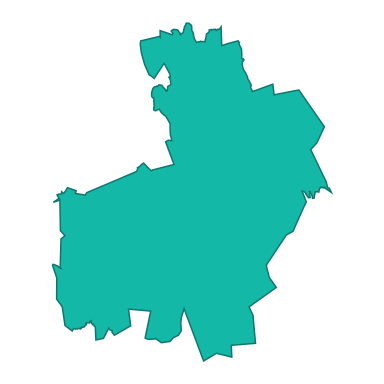 Nazas, Durango, Mexico (Robinson projection)
{"feature_id": "50627088B88320866521815", "entity_name": "Nazas", "entity_type": "district", "adm_level": 2, "iso_a3": "MEX", "parent_name": "Mexico", "parent_adm1": "Durango", "projection": "robinson", "projection_center": [-104.102, 25.271], "detail": "fine", "context": "isolated", "style": "filled", "palette": "teal", "viewbox_px": 384, "rotation_deg": 0, "n_neighbors": 0, "source": "geoboundaries", "source_scale": "gbopen_adm2", "svg_char_len": 5618}
<svg xmlns="http://www.w3.org/2000/svg" viewBox="0 0 384 384"><path d="M331.4,192.5L329.3,188.1L327.7,187.7L326.2,181.8L310.7,149.6L316.9,142.8L324.4,126.8L298.9,90.0L293.5,91.0L274.1,94.8L272.8,84.2L252.4,91.6L252.3,91.0L251.0,88.4L250.7,87.6L250.6,87.0L250.9,86.6L251.1,86.0L251.1,85.1L250.8,84.0L247.9,79.0L247.7,78.3L247.4,76.7L247.0,76.2L246.9,75.7L246.5,74.9L245.9,73.5L245.2,72.2L244.8,71.8L243.6,69.9L242.4,66.2L242.4,64.8L242.2,64.1L242.4,62.6L242.4,62.0L242.5,61.8L243.0,61.4L243.3,60.6L243.9,60.1L244.0,59.8L243.8,59.4L243.1,58.7L242.8,59.0L242.4,59.0L242.2,59.0L241.9,58.5L241.7,57.1L241.8,54.9L241.9,54.2L241.7,53.7L241.7,52.7L241.5,49.0L240.8,47.6L240.7,47.2L239.8,45.9L239.4,44.6L239.0,43.8L238.9,43.4L239.0,43.2L239.4,42.7L238.2,40.8L228.9,43.3L221.7,45.6L221.1,26.8L219.6,29.1L219.2,29.2L217.7,29.3L216.8,30.1L216.7,30.5L216.2,30.5L216.0,30.0L216.0,29.8L215.9,29.5L215.5,29.3L213.6,29.4L213.1,29.5L212.8,29.8L212.4,29.9L212.2,29.7L211.6,29.7L211.2,29.5L211.1,29.9L211.0,30.0L210.6,30.0L210.2,29.9L209.7,30.0L209.3,29.8L209.2,29.8L209.1,30.0L209.3,30.8L209.4,31.5L208.6,32.4L208.3,32.3L207.9,32.9L207.6,33.5L206.8,33.7L206.4,34.4L205.9,37.8L205.7,38.2L205.5,39.3L205.3,39.6L205.2,41.2L205.0,41.8L204.3,41.5L203.6,41.7L202.7,41.6L202.3,41.5L201.3,41.6L200.6,41.2L200.4,41.2L199.6,41.8L198.9,41.7L198.2,42.0L197.6,42.0L197.0,42.3L196.7,42.4L196.1,41.9L196.0,41.5L195.1,40.1L194.6,39.1L193.6,35.9L193.4,34.4L193.5,34.1L193.3,33.0L191.9,30.5L191.7,30.3L191.8,30.0L191.7,29.6L191.8,27.6L191.7,26.5L191.4,25.9L191.5,25.4L189.7,23.9L189.4,23.4L188.9,23.2L187.6,23.2L187.1,23.0L186.4,23.2L186.0,23.7L185.8,24.0L185.6,24.9L185.4,25.4L184.9,26.0L184.5,26.9L184.2,28.3L183.8,29.4L183.8,30.2L183.1,32.5L182.4,33.3L182.2,33.3L181.6,33.5L181.5,33.8L181.4,33.8L180.7,34.7L180.2,34.6L180.1,34.1L179.9,32.8L179.5,32.3L179.0,32.0L178.6,31.5L178.4,30.8L178.4,30.7L178.0,30.3L176.7,29.7L173.7,29.4L172.8,29.8L172.3,30.2L171.5,30.5L171.3,30.8L171.3,31.3L172.7,33.0L172.8,33.2L172.8,33.6L172.5,34.8L160.1,30.6L160.2,37.1L159.6,36.4L140.7,40.9L140.3,43.0L140.3,44.9L141.3,52.5L144.6,64.4L149.1,74.8L150.6,75.6L154.2,78.5L164.1,63.3L170.0,74.4L170.1,75.0L170.3,76.1L170.5,76.8L170.4,76.9L170.0,76.7L169.7,77.1L169.2,77.1L168.9,77.4L169.6,77.7L169.6,78.3L169.7,78.8L170.4,80.0L170.4,80.3L170.5,80.4L170.6,81.1L170.5,82.3L171.0,84.0L170.7,84.7L167.7,86.5L167.5,89.0L167.3,90.4L167.2,90.3L166.3,91.0L166.0,90.9L165.5,89.5L164.6,88.8L164.0,88.0L163.4,87.5L163.0,87.1L162.7,86.3L162.3,86.0L161.9,85.4L160.4,85.0L158.9,84.8L158.5,85.3L158.3,85.6L157.5,86.5L156.8,86.1L155.7,86.7L155.0,86.8L154.6,86.8L153.8,87.4L153.5,88.0L153.1,88.2L153.0,88.7L152.6,89.0L152.3,90.7L152.0,91.2L151.9,91.5L151.6,93.6L151.7,94.4L151.6,95.1L151.8,96.3L152.0,97.0L152.5,97.5L153.0,97.8L153.5,98.3L153.9,98.6L154.0,99.0L154.0,99.8L153.7,101.2L154.0,102.7L154.1,103.7L154.0,105.0L154.2,105.6L153.7,108.8L153.7,109.8L154.0,110.1L155.4,110.8L155.9,110.7L157.1,110.0L159.3,109.2L160.9,112.0L162.4,113.7L163.4,114.2L164.1,115.2L165.0,115.8L165.7,116.0L170.1,123.8L170.1,129.6L170.4,134.9L171.9,140.7L168.2,140.2L165.6,141.8L174.0,164.5L152.4,170.0L151.5,170.8L150.1,169.8L143.6,163.1L141.7,164.3L139.9,166.3L137.4,167.8L137.7,168.6L136.7,171.4L86.7,192.7L85.2,195.0L75.4,193.5L76.2,190.7L67.5,187.7L63.8,193.5L61.7,191.8L61.7,192.1L61.6,192.4L61.6,192.5L61.4,193.2L61.4,193.7L61.3,193.9L61.1,194.0L59.1,194.1L58.7,194.2L58.2,194.5L57.1,194.6L57.0,194.8L57.9,196.4L59.0,198.4L53.3,202.3L59.0,200.4L59.9,199.9L60.4,230.7L64.9,235.7L61.0,238.9L60.2,267.8L60.7,268.3L60.2,268.2L59.5,267.9L59.1,267.4L58.7,266.8L57.7,266.0L56.1,265.4L54.2,264.5L52.9,264.4L52.6,265.5L56.8,278.0L56.6,299.1L62.2,306.7L65.0,325.5L72.2,331.0L72.7,330.0L73.0,329.7L73.5,328.8L73.7,328.6L74.2,328.8L75.4,329.1L76.6,328.9L77.3,329.1L77.9,328.6L78.4,328.4L79.2,328.4L80.3,329.0L81.1,328.5L81.0,328.2L81.3,328.0L81.1,327.6L81.8,327.2L82.1,327.3L82.4,327.1L82.6,327.2L83.1,327.2L83.8,327.0L84.3,326.9L84.7,326.4L84.9,326.1L85.4,325.0L86.1,325.0L86.4,324.7L86.5,324.3L86.3,323.9L85.9,323.9L85.7,323.6L85.9,323.3L86.0,322.9L86.7,322.7L87.6,322.9L88.7,322.8L89.3,323.0L89.4,322.9L89.5,322.4L89.8,322.4L90.1,322.1L90.0,321.8L90.3,321.0L90.6,321.0L91.4,320.5L91.5,320.6L91.2,321.9L91.4,322.4L91.3,322.6L91.4,323.0L92.8,324.8L93.0,324.7L93.3,324.3L93.5,324.4L94.3,325.6L94.3,325.8L94.2,325.9L94.2,326.1L94.9,326.4L95.0,326.7L95.3,327.0L95.9,340.0L103.4,338.4L104.2,337.0L108.7,328.2L109.4,329.2L110.1,329.9L112.2,330.7L112.0,332.3L114.4,335.2L130.7,325.8L128.5,309.1L150.7,311.1L145.1,338.0L147.9,339.3L156.1,338.9L161.3,342.7L170.1,341.4L173.3,337.7L178.5,335.2L181.3,330.6L180.8,322.8L181.4,317.4L184.1,308.7L203.6,361.0L216.4,353.3L231.8,357.1L231.3,345.3L255.5,343.3L253.0,315.3L249.0,306.9L276.3,287.4L269.3,277.5L266.2,265.3L286.3,235.0L293.0,231.3L302.9,209.0L306.3,202.0L302.1,191.0L304.0,191.5L305.3,192.6L306.0,194.0L306.1,194.5L306.6,195.0L308.5,197.8L310.2,197.5L310.0,195.7L309.6,195.1L309.5,194.6L309.7,192.7L309.5,191.6L310.1,191.7L310.5,192.0L310.6,192.7L310.5,193.3L310.6,193.6L311.1,194.0L311.6,194.5L311.9,195.3L312.3,196.8L312.5,198.4L314.0,198.2L314.3,197.6L314.5,196.9L314.2,196.0L314.3,195.5L314.5,195.4L314.6,194.3L314.9,194.0L315.0,192.8L315.3,192.5L315.2,191.9L315.4,191.7L317.0,191.7L318.8,192.1L319.3,189.4L320.0,188.3L320.1,187.8L320.5,187.3L320.8,187.7L321.0,187.7L321.7,187.4L321.8,187.2L322.0,187.2L322.1,187.5L322.3,187.6L322.6,187.7L322.9,187.5L323.2,187.5L323.4,187.7L323.8,187.7L323.7,187.5L323.9,187.5L324.0,187.7L324.3,187.3L324.5,187.2L324.6,187.3L324.5,187.6L325.1,187.7L325.1,188.1L331.4,192.5Z" fill="#14b8a6" stroke="#0f766e" stroke-width="1.5"/></svg>